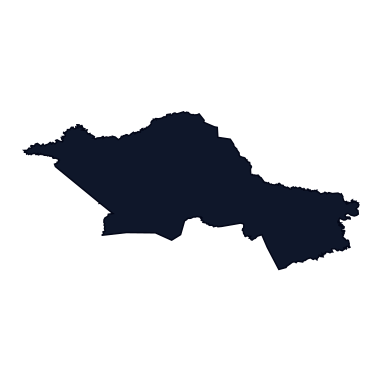 outline of Penonomé, Coclé, Panama, rotated 268°
{"feature_id": "35544464B54827397349612", "entity_name": "Penonomé", "entity_type": "district", "adm_level": 2, "iso_a3": "PAN", "parent_name": "Panama", "parent_adm1": "Coclé", "projection": "robinson", "projection_center": [-80.285, 8.68], "detail": "fine", "context": "isolated", "style": "filled", "palette": "ink", "viewbox_px": 384, "rotation_deg": 268, "n_neighbors": 0, "source": "geoboundaries", "source_scale": "gbopen_adm2", "svg_char_len": 6051}
<svg xmlns="http://www.w3.org/2000/svg" viewBox="0 0 384 384"><g transform="rotate(268 192 192)"><path d="M165.1,347.7L163.5,349.8L162.4,353.3L163.0,355.8L164.1,357.4L167.7,357.2L168.8,355.7L169.6,355.4L171.6,357.7L173.4,358.3L174.2,357.2L175.2,357.9L175.9,355.6L177.0,355.6L175.8,351.8L176.5,351.8L177.3,352.9L177.4,352.1L178.3,352.1L177.8,351.5L178.3,350.6L177.4,351.4L176.3,351.1L175.7,348.5L175.0,347.9L174.7,346.6L175.8,347.1L175.6,346.1L176.3,346.6L176.2,345.9L177.0,345.9L176.7,345.2L177.5,343.4L181.2,342.4L182.1,342.6L185.0,341.1L184.5,340.1L185.8,337.9L185.5,332.1L186.6,328.9L186.5,328.3L185.9,328.3L185.6,326.5L186.3,326.4L187.1,324.8L186.4,324.1L185.5,320.5L187.6,318.2L188.1,316.8L189.4,316.9L189.0,315.3L189.3,314.3L188.6,313.7L189.1,312.5L188.4,311.5L189.6,310.4L188.6,310.0L189.0,309.2L190.2,309.0L190.7,308.3L190.8,307.7L189.9,307.9L190.0,304.2L191.0,304.5L191.5,304.0L190.7,303.3L191.3,302.5L191.1,301.6L192.5,300.7L192.8,299.7L191.9,298.0L193.2,295.6L192.3,294.6L193.5,293.5L192.7,291.3L191.8,291.4L191.3,290.0L192.4,289.2L193.5,287.4L193.0,286.3L193.9,285.0L193.6,284.2L195.4,283.3L195.7,281.3L197.5,279.7L197.4,278.7L196.0,278.4L196.8,276.6L196.1,274.9L196.6,272.0L197.1,271.6L196.9,270.4L197.8,269.0L198.6,268.8L198.2,267.6L198.9,266.4L198.8,265.0L199.4,264.9L199.6,263.8L200.4,263.8L203.9,261.5L204.4,260.4L205.5,259.6L205.2,259.0L206.5,258.7L206.3,255.8L206.8,255.4L206.2,254.6L207.3,253.3L206.7,252.8L207.1,252.1L208.2,251.3L211.5,251.2L213.2,251.3L215.0,252.3L216.3,251.8L216.8,250.9L219.5,250.6L219.9,248.7L220.7,248.7L221.3,247.8L222.2,247.9L222.1,247.3L222.9,246.5L223.7,246.5L224.7,244.9L224.6,243.8L225.3,243.0L225.5,241.5L227.4,240.4L229.4,240.4L232.5,238.3L233.3,238.3L236.1,235.6L238.3,235.2L243.4,232.1L245.7,219.7L255.7,219.5L256.3,216.7L261.3,206.1L263.3,206.6L269.8,201.8L269.0,200.0L268.9,196.9L269.4,195.7L269.0,194.9L270.1,192.2L271.5,191.2L271.9,189.1L271.4,188.6L271.4,187.3L272.4,186.4L270.5,179.5L271.5,177.8L271.4,176.8L270.5,175.1L269.4,174.4L269.7,172.7L270.6,172.9L270.2,169.6L267.9,168.7L268.1,166.6L266.8,164.2L266.3,161.1L266.6,158.8L265.8,158.7L266.5,158.0L265.7,156.8L266.1,155.9L264.9,155.7L264.7,154.7L263.1,153.5L262.0,153.8L260.8,153.1L258.1,150.0L258.4,149.2L257.2,148.1L257.1,147.1L256.5,147.2L256.4,145.9L255.7,145.3L255.7,144.7L257.1,144.9L256.9,144.1L256.1,143.9L255.8,142.6L253.7,142.4L254.1,140.0L253.5,139.7L253.4,138.1L252.5,137.8L252.2,137.0L253.2,136.8L253.0,136.1L253.7,135.5L251.8,132.7L251.2,132.5L250.5,130.3L251.4,129.3L251.6,128.1L251.0,127.5L250.5,125.1L249.6,124.5L250.0,123.4L248.1,122.5L246.9,120.1L249.5,117.3L250.5,114.2L249.6,113.8L250.0,112.1L249.4,110.4L250.0,108.2L248.8,105.1L250.4,105.4L250.6,105.0L249.4,102.9L249.3,99.5L248.9,98.1L248.2,97.7L248.6,96.6L249.6,96.2L249.5,95.0L250.8,96.2L252.5,93.6L252.7,92.3L254.0,92.1L253.7,89.9L256.0,88.6L257.7,89.3L257.4,86.0L257.8,84.4L259.0,86.7L260.6,83.0L261.1,83.9L260.6,84.8L262.2,84.3L262.2,83.3L261.4,82.4L262.0,81.5L263.1,81.5L263.2,79.4L260.3,80.0L261.1,78.2L259.6,78.2L259.1,77.2L259.4,76.3L260.9,75.3L260.1,74.6L260.8,73.7L258.6,72.1L258.7,69.7L257.1,69.3L256.3,67.8L255.4,67.7L256.0,65.8L255.3,65.7L254.1,67.1L252.8,67.4L252.1,67.0L252.0,64.6L251.0,65.6L250.1,65.2L250.7,63.4L249.2,63.8L247.7,64.9L246.8,64.2L247.1,62.0L248.8,59.0L248.3,57.6L246.6,58.7L244.9,56.7L246.2,54.7L245.3,54.2L244.9,53.2L245.9,53.0L246.5,52.0L244.8,49.9L244.1,47.4L243.4,47.1L243.6,45.9L245.1,44.8L243.2,42.7L245.9,39.2L245.3,37.1L243.5,36.2L244.0,32.9L243.5,32.5L242.3,33.5L241.7,33.2L241.3,32.6L241.5,30.6L239.4,28.9L239.4,25.7L239.0,26.2L237.6,26.0L237.3,28.0L235.8,28.1L236.2,28.9L235.2,30.0L235.9,31.7L235.0,32.5L235.8,33.8L236.2,36.2L234.9,37.4L235.3,37.9L235.0,38.7L235.5,38.4L235.9,39.4L234.7,40.2L234.9,41.7L235.7,42.2L234.6,43.4L234.8,44.5L233.9,45.5L233.7,48.4L233.2,48.9L233.5,50.7L232.8,51.0L232.7,53.3L232.0,53.7L232.0,54.3L231.0,54.1L230.6,54.6L230.6,57.0L229.4,59.7L228.5,59.8L228.3,60.3L227.6,59.6L226.8,59.8L226.4,58.2L225.4,58.3L224.6,55.6L222.2,56.4L184.4,99.4L183.9,99.0L183.9,99.9L173.2,112.3L172.7,107.6L170.7,107.1L169.1,104.1L167.3,103.1L164.7,102.9L163.6,103.6L161.9,103.0L160.6,103.8L158.6,103.2L156.0,103.9L155.2,101.7L153.6,102.2L152.6,101.5L151.9,100.2L153.8,125.0L152.5,154.0L144.6,170.0L149.8,179.1L163.4,183.5L164.6,185.7L165.8,186.7L165.8,189.8L167.0,192.5L166.9,194.9L167.4,195.7L166.5,200.5L166.0,200.9L165.9,199.6L164.4,200.7L163.5,200.3L162.2,202.6L161.3,202.0L160.5,205.3L159.6,205.7L159.8,207.4L158.9,207.2L158.1,208.4L158.1,211.4L156.6,212.3L157.2,215.5L156.4,216.6L156.6,220.3L159.2,239.3L158.5,242.1L157.2,242.7L154.3,242.4L153.5,241.4L152.0,241.0L151.3,241.9L148.6,242.2L147.0,243.4L146.3,243.2L145.7,243.8L146.5,246.0L145.8,246.7L145.6,249.0L144.0,247.6L143.6,248.7L142.1,249.6L141.9,250.5L143.1,252.0L143.5,253.6L145.6,255.7L146.9,260.3L134.1,265.3L111.6,276.1L113.3,283.3L114.5,284.1L118.6,290.2L118.6,292.2L117.8,293.6L118.9,294.6L119.1,295.7L118.2,300.2L119.4,300.9L119.7,302.7L121.3,305.2L122.1,308.1L120.4,310.8L121.3,312.8L119.9,314.5L121.2,314.8L122.9,316.4L124.4,316.9L123.1,318.2L122.7,320.8L123.4,320.6L124.1,319.0L124.9,319.9L125.7,319.9L124.4,320.9L124.8,321.7L126.1,322.0L125.8,323.2L127.3,323.6L127.2,326.1L126.5,327.8L127.3,329.4L127.2,330.5L129.7,329.4L130.3,329.8L130.3,333.0L128.3,335.1L128.3,335.9L129.3,336.8L128.1,340.1L129.4,342.1L130.8,341.6L131.2,342.2L129.6,344.1L130.4,344.7L131.6,344.0L132.2,344.8L132.2,345.8L130.9,346.8L131.3,347.9L133.4,347.0L134.6,347.3L138.1,346.6L138.5,345.8L138.1,344.3L139.7,343.3L141.8,340.9L143.5,341.7L144.6,340.9L144.7,342.2L145.8,342.7L146.8,341.5L147.3,343.1L147.9,343.2L148.4,342.4L147.7,340.6L148.1,340.1L150.1,340.7L150.5,342.5L151.8,342.9L152.3,342.3L151.7,340.5L152.1,339.9L152.8,339.9L153.4,341.4L154.0,341.0L154.1,339.9L153.1,338.6L153.5,337.7L154.1,337.7L155.8,340.0L156.2,338.1L157.5,338.0L156.4,337.0L157.3,336.7L160.6,338.7L158.7,342.7L158.8,344.3L160.1,346.3L159.5,349.1L160.4,349.2L161.4,348.4L161.7,344.9L162.8,344.1L164.1,344.5L165.1,346.3L165.1,347.7Z" fill="#0f172a" stroke="#020617" stroke-width="1.5"/></g></svg>